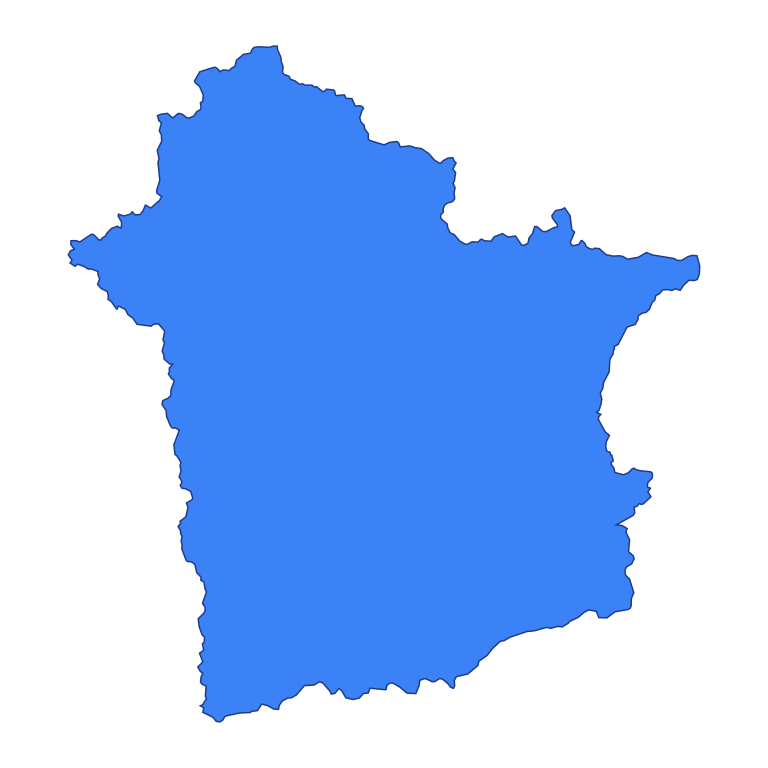 Khun Yuam, Mae Hong Son, Thailand (Mercator projection)
{"feature_id": "78962969B960185402947", "entity_name": "Khun Yuam", "entity_type": "district", "adm_level": 2, "iso_a3": "THA", "parent_name": "Thailand", "parent_adm1": "Mae Hong Son", "projection": "mercator", "projection_center": [97.886, 18.842], "detail": "fine", "context": "isolated", "style": "filled", "palette": "blue", "viewbox_px": 768, "rotation_deg": 0, "n_neighbors": 0, "source": "geoboundaries", "source_scale": "gbopen_adm2", "svg_char_len": 6065}
<svg xmlns="http://www.w3.org/2000/svg" viewBox="0 0 768 768"><path d="M697.0,255.8L692.2,255.4L688.1,256.6L681.4,260.5L677.2,260.3L674.0,258.5L652.6,255.0L646.4,252.5L638.5,257.2L627.5,259.2L623.2,256.6L619.6,255.8L613.1,256.1L606.2,254.7L599.3,248.6L594.6,248.2L592.8,249.4L589.6,248.7L586.2,246.5L584.7,243.1L581.9,240.5L580.9,240.9L578.9,244.4L573.4,245.7L571.4,244.9L570.3,242.3L574.6,232.1L571.8,229.6L570.1,215.8L564.7,207.8L561.8,209.4L555.6,210.6L551.9,215.6L552.3,217.9L557.4,224.7L557.4,226.8L553.8,227.7L546.0,231.7L542.8,231.5L536.7,226.5L534.7,226.6L532.4,233.8L529.0,238.0L528.0,243.2L524.6,245.1L521.7,245.2L515.4,236.0L508.1,237.1L502.5,233.6L494.2,236.8L491.0,241.2L484.2,240.8L482.5,239.4L480.6,239.4L478.0,242.2L472.1,241.8L467.2,244.4L465.3,244.2L459.7,241.0L454.1,234.5L450.1,232.8L447.7,227.7L447.2,224.0L441.7,219.4L440.5,216.9L441.0,214.4L443.3,212.3L443.1,208.6L444.7,205.1L447.1,203.2L452.7,201.5L454.7,198.7L454.1,192.6L455.1,187.8L453.0,183.2L454.4,180.9L455.6,172.6L452.8,169.1L456.1,163.0L454.2,161.0L452.8,157.7L448.0,158.1L443.1,160.7L441.4,162.7L439.2,163.1L434.3,159.9L429.0,153.8L421.5,148.6L415.2,147.7L409.9,145.9L400.3,146.9L398.5,142.7L396.6,141.5L389.6,142.4L384.1,144.9L369.5,140.4L368.2,138.6L368.4,133.8L364.9,129.3L364.0,125.1L360.9,121.9L359.7,117.8L362.0,110.3L363.5,108.7L362.6,106.8L360.2,105.8L355.2,106.0L351.9,98.6L346.1,98.4L344.4,94.9L335.7,95.6L334.5,90.7L333.4,89.9L326.4,89.2L324.6,91.3L322.7,91.6L316.5,86.6L314.5,87.2L311.9,85.1L305.2,85.2L302.1,83.7L299.8,84.4L294.8,80.8L290.6,79.3L289.0,76.3L284.1,74.4L282.5,72.7L283.1,67.0L281.1,60.7L281.0,57.7L277.4,49.3L277.3,46.2L273.4,46.1L269.3,47.3L258.7,46.8L254.1,47.4L251.9,49.7L250.6,53.2L243.6,54.3L236.5,60.2L235.0,66.2L230.9,68.6L229.6,70.5L223.5,69.9L219.6,71.7L218.6,69.7L215.7,67.4L213.7,67.4L199.8,71.8L194.5,81.0L195.3,82.8L199.6,86.5L203.2,94.8L202.8,101.3L200.4,102.9L201.1,108.0L200.3,109.7L196.6,111.8L194.0,115.8L189.2,118.1L186.7,117.7L182.7,114.5L179.6,113.4L178.0,113.6L172.7,118.0L167.4,113.4L161.1,114.2L157.5,115.6L158.9,120.8L161.4,122.7L159.3,131.0L161.4,134.8L161.7,141.2L157.3,150.2L159.0,158.6L158.0,162.2L159.8,180.4L156.7,190.1L156.9,193.1L161.7,196.7L159.5,200.4L150.9,208.0L145.4,205.1L143.2,210.5L140.1,214.5L135.3,214.9L132.2,211.8L130.2,214.2L124.0,216.0L118.6,214.2L118.1,215.9L121.6,222.2L121.3,227.8L119.1,227.5L117.6,226.2L111.5,228.4L106.9,233.2L105.5,236.0L101.7,238.4L101.2,240.1L98.7,239.7L93.5,234.5L91.3,234.3L79.8,242.0L76.3,240.7L71.0,240.7L70.8,244.5L74.4,249.3L70.5,250.7L68.3,255.0L72.0,260.1L70.1,263.0L75.0,266.3L77.7,264.2L83.9,266.4L88.2,269.1L91.1,268.9L98.1,271.5L97.9,274.3L99.6,278.8L97.6,284.4L101.2,288.5L107.3,291.6L108.4,296.0L108.0,299.4L111.1,301.3L116.5,308.9L117.5,308.8L117.9,306.4L119.1,306.3L125.3,309.4L128.0,314.6L132.9,318.2L137.0,324.3L151.2,326.2L153.4,324.3L158.5,323.8L164.7,331.1L163.0,339.9L164.4,342.9L162.2,351.1L163.9,355.1L164.1,359.1L169.7,364.0L172.7,364.2L169.3,368.1L169.4,371.7L168.4,374.0L171.7,378.7L173.8,380.0L174.1,381.4L171.0,389.7L170.7,395.7L167.9,398.3L162.8,400.6L162.0,404.5L166.1,410.4L166.6,416.5L170.2,425.4L172.2,428.0L175.5,428.0L179.3,430.3L173.9,444.6L175.0,454.5L176.8,455.7L180.9,462.2L180.1,465.7L181.0,471.1L179.1,476.9L181.5,480.7L181.8,482.9L180.2,485.5L182.1,488.3L185.4,488.7L190.7,491.4L192.6,497.7L192.2,499.7L186.4,502.9L188.0,507.2L185.9,516.8L180.1,521.2L180.6,523.1L178.1,526.6L180.5,530.6L180.6,533.6L182.0,536.0L181.2,541.4L182.1,544.7L181.9,549.1L185.9,559.7L187.1,561.4L192.0,562.1L194.9,564.5L196.8,572.8L201.1,577.2L200.8,580.2L204.0,582.1L205.1,589.2L206.5,591.8L202.5,603.4L205.0,607.1L205.1,610.4L203.9,613.1L198.2,618.8L199.2,626.8L202.2,635.0L204.5,637.0L204.3,641.7L202.4,644.0L203.6,649.2L202.9,650.9L199.5,653.2L202.8,661.9L197.8,667.0L200.4,671.5L202.9,673.5L201.2,676.5L200.5,682.0L201.8,684.0L206.2,686.2L205.3,696.3L206.6,698.3L202.7,704.7L200.3,705.8L203.7,707.7L202.8,712.3L213.0,717.3L216.3,721.4L220.0,721.9L223.1,719.8L224.6,716.7L227.4,715.6L239.7,713.0L250.3,712.5L251.7,711.4L257.5,710.6L261.7,704.1L267.6,705.6L273.7,709.0L278.5,709.4L279.2,705.4L282.3,701.0L287.7,698.1L291.6,697.7L296.3,695.0L304.4,685.6L314.1,685.0L319.6,681.7L322.9,683.0L330.2,691.5L331.2,694.1L334.8,693.4L339.0,688.4L341.7,690.7L345.9,697.8L353.0,699.5L359.4,698.0L363.3,693.5L368.3,693.0L369.9,688.2L385.4,689.7L386.2,689.3L386.8,685.5L390.0,682.9L393.6,683.4L400.1,687.3L406.9,693.1L415.8,693.6L419.1,685.5L419.8,680.3L424.0,678.8L426.0,678.8L432.2,681.7L434.7,681.6L439.7,678.5L442.6,679.2L447.9,683.6L450.6,687.2L453.4,688.4L454.7,686.0L454.3,680.4L456.4,676.6L467.8,674.0L477.8,665.6L478.9,661.2L487.2,655.3L492.7,648.3L500.2,641.3L504.4,640.5L510.0,637.2L526.9,631.5L534.3,630.8L546.5,627.4L550.8,628.3L557.7,626.4L562.2,626.9L568.3,623.2L569.5,621.5L578.3,617.3L584.3,612.2L588.9,609.8L596.4,611.4L598.8,617.6L606.9,617.9L614.9,611.8L627.6,609.6L630.2,608.2L631.1,606.1L631.4,598.4L633.8,592.7L629.5,579.0L625.6,575.3L624.8,570.5L626.5,566.9L631.6,563.9L634.2,558.7L633.1,555.7L628.5,551.6L629.6,539.7L626.4,533.3L626.2,530.7L627.2,528.6L622.2,525.6L616.3,524.9L633.1,515.4L634.7,513.1L634.2,506.9L636.9,506.4L639.1,503.6L641.6,504.4L643.5,503.7L650.9,496.8L647.9,491.7L650.5,488.2L647.7,487.2L647.3,485.7L648.0,482.3L652.2,478.1L652.5,474.5L652.0,472.8L650.6,471.8L640.6,470.8L636.4,469.8L634.1,468.2L632.2,468.8L628.4,472.7L623.7,474.8L614.9,472.5L613.9,468.1L611.1,464.0L611.2,462.5L613.3,460.9L611.9,455.5L610.5,454.4L610.1,452.3L606.9,451.3L605.8,446.8L606.1,442.1L609.4,435.3L605.2,431.9L598.3,419.2L598.7,416.8L600.8,414.3L596.7,412.4L599.1,410.1L600.9,404.4L601.8,399.3L600.3,393.1L602.8,388.3L603.6,382.5L609.1,372.1L609.9,359.2L613.1,353.8L613.2,351.3L614.5,348.6L614.2,346.4L618.0,344.6L627.1,327.1L635.2,324.4L638.0,319.4L638.2,315.8L642.5,313.0L646.0,312.4L649.4,309.3L652.1,302.5L654.7,300.2L655.8,295.6L659.5,293.7L662.6,289.9L668.0,289.6L671.8,290.5L675.3,288.8L680.3,290.3L683.3,285.6L688.9,280.3L694.5,280.5L697.2,279.5L699.3,274.3L699.7,266.1L697.0,255.8Z" fill="#3b82f6" stroke="#1e3a8a" stroke-width="1.5"/></svg>